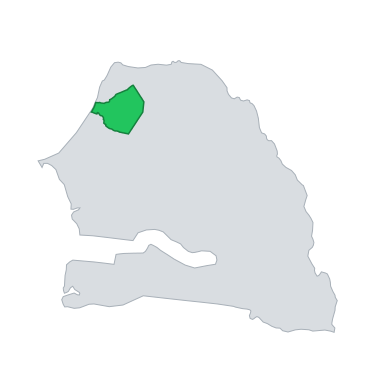 Louga, Louga, Senegal shown in context, rotated 6°
{"feature_id": "50182788B22933374767599", "entity_name": "Louga", "entity_type": "district", "adm_level": 2, "iso_a3": "SEN", "parent_name": "Senegal", "parent_adm1": "Louga", "projection": "natural_earth1", "projection_center": [-16.123, 15.776], "detail": "fine", "context": "in_parent", "style": "filled", "palette": "green", "viewbox_px": 384, "rotation_deg": 6, "n_neighbors": 0, "source": "geoboundaries", "source_scale": "gbopen_adm2", "svg_char_len": 5903}
<svg xmlns="http://www.w3.org/2000/svg" viewBox="0 0 384 384"><g transform="rotate(6 192 192)"><path d="M302.1,173.9L306.9,183.5L305.9,188.0L304.8,194.7L307.5,199.6L310.7,202.8L313.0,205.7L315.5,209.7L315.9,217.7L315.5,223.5L317.1,226.1L318.5,229.4L318.3,232.1L317.4,234.5L314.3,237.8L313.9,243.7L318.8,251.0L322.0,255.0L322.0,257.2L322.9,259.7L325.2,262.6L326.7,261.9L328.3,259.5L329.0,257.9L333.2,258.6L335.2,259.4L338.0,264.1L339.0,267.3L339.7,271.2L342.5,276.2L345.0,279.7L345.5,281.8L347.8,284.8L346.4,291.3L346.6,294.7L345.1,303.5L344.8,307.6L344.9,309.1L348.3,312.3L348.0,316.7L344.5,315.9L338.6,315.4L326.7,317.7L322.6,316.8L314.8,317.1L309.2,318.3L302.1,321.2L296.7,320.5L293.7,318.2L289.8,318.4L285.4,317.2L280.7,315.0L276.4,313.9L271.7,309.8L269.6,309.1L268.1,310.2L266.8,311.5L265.5,312.4L263.0,311.6L262.0,308.9L262.8,306.2L263.0,304.2L261.8,303.1L259.0,302.7L254.4,302.7L247.1,301.9L245.4,301.4L229.0,300.7L211.9,300.6L197.5,300.6L179.2,300.5L166.4,300.4L154.4,300.3L145.2,305.7L135.2,311.6L121.7,314.7L106.2,313.6L101.3,314.4L96.2,317.0L92.4,318.9L87.0,320.0L80.2,319.1L77.4,319.6L75.6,317.0L73.7,312.7L74.9,309.5L79.1,307.5L85.4,304.8L88.7,306.2L90.7,306.2L91.0,304.5L90.4,303.6L85.7,301.3L83.2,298.2L81.1,300.0L79.4,303.8L77.9,304.9L75.7,306.0L74.5,303.4L74.0,300.9L75.0,299.0L74.5,288.3L75.1,282.5L74.8,277.5L77.8,274.2L80.6,272.2L91.7,272.0L102.0,271.8L111.9,271.9L122.0,272.1L123.0,262.0L126.2,261.2L130.9,260.2L139.9,259.0L149.8,257.8L151.9,255.9L153.6,252.5L154.6,249.6L156.6,248.3L159.4,249.3L163.1,250.9L166.8,253.3L171.2,255.5L174.1,256.9L181.0,260.5L192.9,265.4L202.6,267.3L214.4,263.7L222.9,261.4L223.9,257.1L222.6,252.9L216.2,249.1L207.6,249.5L205.0,250.5L201.0,251.8L198.6,252.3L194.5,251.4L189.3,248.1L186.1,244.8L181.6,243.2L176.2,241.6L167.6,234.7L163.1,233.5L158.8,233.1L150.6,234.5L142.6,238.2L138.4,246.5L130.4,246.4L113.5,246.1L97.9,245.9L85.0,246.5L83.7,240.4L80.7,235.6L75.7,231.4L74.6,227.6L76.3,224.3L81.1,221.5L82.2,219.5L79.7,219.8L75.9,221.6L73.4,221.7L73.1,216.4L68.9,209.6L64.2,198.0L58.8,193.3L54.3,183.9L49.6,180.3L45.3,178.6L41.6,179.0L40.3,183.3L35.7,177.1L42.0,174.9L55.4,167.2L70.8,145.1L84.6,118.9L86.4,112.7L88.1,108.0L89.2,97.3L91.2,91.0L93.1,89.8L95.4,84.9L98.2,76.3L101.4,71.5L105.0,70.6L107.8,71.0L109.8,72.8L115.6,73.9L125.2,74.3L132.7,73.0L138.0,70.0L144.9,68.5L153.4,68.5L157.9,67.2L158.4,64.8L159.5,64.0L161.3,65.0L163.0,64.6L164.5,62.9L166.1,62.8L167.7,64.3L174.8,64.7L187.6,64.1L199.5,68.6L210.3,78.2L215.9,84.6L216.3,87.8L218.1,91.1L221.4,94.3L224.3,94.9L227.0,92.9L229.1,93.1L230.7,95.6L233.7,96.1L237.2,94.6L239.6,95.1L240.1,96.6L240.7,97.4L242.3,97.7L244.6,99.6L247.7,104.7L250.3,111.8L252.3,120.9L255.0,125.9L258.2,126.7L260.1,128.6L260.5,130.7L261.4,132.2L263.0,133.0L265.7,132.6L269.0,135.6L272.4,142.3L273.0,145.3L272.5,147.0L272.7,148.1L275.0,149.3L277.1,151.5L278.9,154.8L282.8,157.7L288.7,160.2L292.9,164.1L295.5,169.1L300.9,173.4L302.1,173.9Z" fill="#d9dde1" stroke="#a8b0b8" stroke-width="1"/><path d="M108.7,101.5L107.8,102.0L106.4,102.8L106.3,103.0L106.2,103.0L105.9,103.5L105.7,103.8L105.5,104.4L105.3,104.8L104.9,105.2L104.7,105.4L104.5,105.6L104.4,105.7L103.2,106.8L102.9,107.1L102.7,107.3L102.3,107.7L102.2,107.8L101.2,108.4L100.9,108.6L100.5,108.8L100.5,109.2L100.5,110.3L100.3,110.6L100.2,110.8L99.8,111.3L99.4,111.5L98.9,111.6L98.3,111.6L97.8,111.8L97.4,111.8L97.1,111.9L96.7,112.2L95.6,112.8L95.4,112.9L95.4,113.0L93.9,113.0L93.2,113.0L92.7,113.0L92.2,113.0L91.8,112.9L91.2,112.7L90.8,112.6L90.4,112.7L90.1,112.8L89.8,112.9L89.5,113.0L89.1,113.0L88.7,113.0L88.3,113.0L87.5,113.0L86.9,113.1L86.8,113.6L86.8,113.9L86.7,114.2L86.6,114.5L86.4,115.4L86.3,116.0L86.1,116.6L86.0,117.1L85.8,117.6L85.7,118.2L85.4,118.8L85.1,119.2L85.0,119.6L84.9,120.0L84.7,120.5L84.5,120.9L84.4,121.2L84.1,121.8L83.9,122.3L83.7,122.8L83.6,123.0L84.9,123.2L86.0,123.6L87.0,123.8L87.5,124.0L88.1,124.1L88.6,124.2L88.9,124.3L89.1,124.3L89.3,124.3L89.5,124.1L89.5,123.8L89.5,123.6L89.5,123.3L89.5,123.0L89.6,122.9L89.8,122.9L90.0,122.9L90.4,123.0L90.8,123.3L91.2,123.8L91.8,124.4L91.9,124.6L92.2,125.0L92.4,125.1L92.7,125.3L93.0,125.5L93.3,125.6L93.6,125.6L94.0,125.6L94.3,125.6L94.6,125.8L95.0,126.0L95.4,126.4L95.7,126.8L96.0,127.1L96.2,127.4L96.2,127.5L96.3,128.1L96.2,129.0L96.3,129.2L96.4,129.3L96.8,129.6L97.0,129.7L97.1,130.0L97.1,130.9L97.1,131.8L97.1,132.0L97.1,132.7L97.2,132.8L97.4,132.8L97.5,132.9L97.7,133.2L98.1,133.5L98.5,133.6L98.8,133.6L99.1,133.8L99.3,134.1L99.3,134.4L99.3,134.8L99.3,135.1L99.6,135.4L99.9,135.6L100.4,135.9L100.7,136.1L101.1,136.3L102.1,136.9L102.9,137.3L103.2,137.4L103.7,137.6L104.1,137.6L104.7,137.7L105.0,137.7L105.4,137.7L105.5,137.7L105.9,137.9L106.3,138.2L107.0,138.6L107.6,138.9L108.0,139.0L108.4,139.2L108.8,139.2L109.3,139.3L109.6,139.3L110.0,139.2L111.0,139.2L111.5,139.3L111.8,139.3L112.6,139.5L113.1,139.6L113.5,139.8L113.5,140.0L114.9,140.1L115.0,140.1L115.8,140.2L116.6,140.3L117.3,140.4L118.1,140.4L118.9,140.5L119.6,140.6L120.4,140.7L121.2,140.7L121.9,140.8L122.7,140.9L123.6,139.2L124.4,137.6L124.9,136.6L125.0,136.5L125.3,136.0L125.3,135.9L125.5,135.6L125.6,135.3L125.7,135.2L126.1,134.3L127.0,132.6L127.9,130.9L128.7,129.3L129.6,127.6L130.4,125.9L130.9,125.0L131.1,124.6L131.3,124.3L131.4,124.0L131.6,123.7L132.1,122.6L132.8,121.4L133.0,121.0L133.4,120.1L133.7,119.6L133.8,119.5L133.9,119.3L134.1,118.8L134.7,117.7L134.7,117.4L134.7,117.1L134.7,116.0L134.7,114.4L134.7,112.8L134.7,111.2L134.7,109.6L134.7,108.7L134.7,108.0L134.7,107.5L134.7,107.4L134.3,106.9L134.0,106.5L133.7,106.1L133.2,105.5L132.8,105.0L132.5,104.5L132.0,103.9L131.6,103.4L131.3,103.1L130.6,102.3L129.3,100.6L127.9,98.9L126.6,97.2L125.2,95.5L123.8,93.8L122.5,92.1L122.4,92.0L122.2,92.0L121.0,92.8L120.0,93.7L118.8,94.9L117.6,96.2L117.4,96.6L117.2,97.0L116.3,97.4L115.5,97.8L114.5,98.4L113.7,98.8L112.1,99.7L110.7,100.5L109.3,101.2L108.8,101.5L108.7,101.5Z" fill="#22c55e" stroke="#15803d" stroke-width="1.5"/></g></svg>